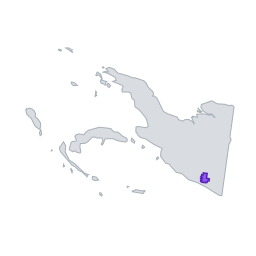 Nuku District, Sandaun, Papua New Guinea (highlighted), rotated 188°
{"feature_id": "67681753B13324685837362", "entity_name": "Nuku District", "entity_type": "district", "adm_level": 2, "iso_a3": "PNG", "parent_name": "Papua New Guinea", "parent_adm1": "Sandaun", "projection": "albers", "projection_center": [142.54, -3.723], "detail": "fine", "context": "in_parent", "style": "filled", "palette": "violet", "viewbox_px": 256, "rotation_deg": 188, "n_neighbors": 0, "source": "geoboundaries", "source_scale": "gbopen_adm2", "svg_char_len": 4721}
<svg xmlns="http://www.w3.org/2000/svg" viewBox="0 0 256 256"><g transform="rotate(188 128 128)"><path d="M25.9,163.7L25.8,133.2L24.2,130.9L25.8,125.5L25.7,73.9L28.6,74.1L42.8,80.4L52.3,83.7L60.7,85.2L68.4,90.4L74.0,90.7L82.4,97.9L85.8,98.4L91.8,104.5L92.1,109.4L91.4,112.5L100.5,115.5L109.1,119.7L113.9,120.2L116.5,121.7L119.7,125.3L120.2,130.1L118.4,130.9L110.3,130.8L108.0,132.4L111.2,139.9L118.5,146.8L124.0,150.0L125.6,156.2L128.4,158.1L130.2,163.1L133.0,163.6L138.6,162.8L139.5,164.9L138.6,168.0L139.4,169.3L149.7,172.0L146.2,173.6L147.8,176.4L154.4,178.9L158.6,179.9L161.1,179.6L158.2,181.0L155.5,180.5L155.1,181.0L156.1,182.2L158.3,183.4L156.0,185.1L153.8,185.3L149.6,184.2L146.1,181.1L134.9,179.6L131.0,178.3L128.0,178.7L118.9,177.0L116.0,174.8L114.0,171.5L108.7,167.6L107.4,165.6L108.0,163.0L106.5,163.4L103.4,161.5L95.3,149.4L91.1,147.7L80.7,145.6L79.2,143.3L74.4,142.4L73.3,143.9L69.3,145.0L66.0,143.8L62.6,140.9L66.6,147.5L65.2,147.5L65.8,148.6L65.1,148.7L60.7,148.3L62.0,151.1L54.9,152.6L49.6,152.0L47.1,152.7L46.0,152.7L44.7,150.6L42.7,151.0L44.4,151.0L46.4,153.4L50.8,153.1L55.2,154.8L58.8,158.8L58.6,161.5L48.8,166.6L43.1,164.4L34.7,165.0L31.8,164.2L28.0,165.1L25.9,163.7ZM175.2,96.7L177.3,98.1L179.3,96.7L183.3,98.5L182.5,105.2L181.2,107.0L177.8,107.6L177.4,108.6L179.5,112.5L178.6,113.9L175.7,115.4L170.8,115.1L169.5,117.8L166.9,120.2L156.4,124.8L145.1,125.1L141.4,122.1L137.5,122.6L132.3,119.2L128.0,117.7L127.1,116.4L127.2,114.7L128.4,113.7L136.2,113.9L141.2,115.3L147.7,114.5L149.5,113.5L150.2,109.2L151.3,107.5L152.4,108.3L151.0,111.6L152.5,114.6L157.2,113.7L160.1,114.5L162.4,113.6L165.7,109.0L168.3,106.9L173.1,105.9L173.0,102.5L171.4,97.8L172.1,96.5L175.2,96.7ZM231.8,131.6L231.1,133.1L230.8,132.6L228.4,134.0L225.7,133.5L223.3,131.9L221.5,129.2L221.4,126.2L218.8,124.8L215.4,120.9L214.8,118.4L215.1,114.2L220.1,116.7L225.1,124.0L230.0,127.3L231.8,131.6ZM193.3,98.8L189.9,105.4L187.9,102.7L187.1,100.8L186.9,95.7L181.7,88.0L176.2,85.5L165.0,77.4L160.6,76.2L161.7,75.8L161.7,73.9L167.2,78.0L170.7,79.1L175.2,82.3L178.3,83.4L191.8,95.4L193.3,98.8ZM104.2,65.2L114.8,65.5L115.0,66.4L113.6,66.5L111.8,68.1L105.5,67.6L102.7,68.4L102.5,67.3L103.5,67.0L103.4,65.8L104.2,65.2ZM156.8,167.3L158.7,168.5L160.3,168.3L161.6,169.7L161.8,171.8L161.1,172.3L160.6,171.6L155.5,171.1L156.5,169.9L155.5,167.5L156.8,167.3ZM156.4,75.1L152.6,75.0L149.8,72.4L153.5,71.2L156.3,72.4L156.4,75.1ZM164.3,176.7L166.7,175.3L167.2,175.8L166.3,179.1L162.6,177.6L160.1,172.4L164.3,176.7ZM184.1,163.0L188.1,162.4L190.1,163.9L190.6,164.4L190.2,165.8L186.9,165.2L184.1,163.0ZM193.1,194.9L200.7,198.6L197.9,199.1L195.5,198.1L195.2,197.2L194.2,197.5L194.7,196.9L193.1,194.9ZM122.8,118.5L119.4,115.8L119.6,113.9L123.2,115.6L122.8,118.5ZM154.3,169.3L153.3,169.4L151.1,167.5L152.4,165.4L153.9,166.2L154.3,169.3ZM214.0,114.0L212.6,109.5L213.9,108.2L215.1,111.1L214.0,114.0ZM111.1,113.0L108.8,111.3L110.5,109.7L111.6,110.5L111.1,113.0ZM147.2,59.7L145.9,60.0L144.2,58.5L144.7,56.9L146.7,58.0L147.2,59.7ZM95.7,102.0L94.3,103.6L93.4,102.4L94.9,100.6L95.7,102.0ZM165.0,154.6L165.0,160.0L164.0,158.9L164.5,156.7L163.4,156.1L165.0,154.6ZM59.7,155.5L62.0,157.6L56.5,154.1L59.7,155.5ZM61.7,154.9L58.7,154.0L58.0,153.4L61.6,153.7L61.7,154.9ZM207.8,195.6L207.6,196.3L205.7,196.4L204.3,195.3L205.6,195.6L205.4,194.9L207.8,195.6ZM186.7,80.6L186.8,83.1L185.4,81.3L186.7,80.6ZM179.3,79.2L178.7,79.9L177.3,78.1L177.6,77.8L179.3,79.2ZM161.7,184.1L161.5,185.2L160.2,184.6L160.3,184.0L161.7,184.1ZM178.1,77.3L177.0,77.6L177.2,75.9L178.1,77.3ZM120.5,69.0L120.6,70.3L119.1,70.0L120.5,69.0ZM200.7,94.6L200.5,95.7L199.7,95.3L200.7,94.6Z" fill="#d9dde1" stroke="#a8b0b8" stroke-width="1"/><path d="M40.4,89.0L43.3,89.1L43.3,89.3L43.3,89.9L43.3,94.0L47.2,94.0L47.2,91.9L48.6,92.0L48.6,90.8L48.6,90.4L48.6,90.2L48.5,89.9L48.4,89.9L48.3,89.7L48.4,89.8L48.4,89.7L48.5,89.7L48.4,89.6L48.4,89.4L48.3,89.5L48.2,89.5L48.3,89.5L48.2,89.4L48.3,89.4L48.2,89.3L48.3,89.2L48.2,89.2L48.3,89.1L48.4,88.9L48.3,88.7L48.2,88.7L48.1,88.4L48.3,88.4L48.4,88.2L48.2,88.2L48.3,88.1L48.4,87.9L48.4,87.7L48.5,87.7L48.4,87.6L48.2,87.7L48.3,87.6L48.2,87.5L48.3,87.5L48.3,87.4L48.3,87.2L48.3,86.9L48.2,86.8L48.3,86.8L48.3,86.7L48.4,86.8L48.4,86.7L48.5,86.7L48.5,86.8L48.6,86.7L48.8,86.5L48.7,86.4L48.7,86.2L48.6,85.3L48.4,85.3L48.1,85.2L47.9,85.0L47.8,84.9L47.7,84.9L47.5,84.7L47.4,84.6L47.2,84.5L46.9,84.5L46.7,84.6L46.4,84.6L46.2,84.6L45.9,84.7L45.8,84.8L45.7,84.8L45.7,84.7L45.4,84.6L45.2,84.5L44.9,84.5L44.7,84.7L44.6,84.8L44.4,84.8L44.2,84.8L44.0,84.7L43.9,84.7L43.7,84.6L43.5,84.8L43.5,85.0L43.4,85.0L43.2,85.0L43.1,84.9L42.9,84.8L42.7,84.9L42.4,84.9L42.1,85.2L41.9,85.7L41.7,86.4L41.5,86.7L41.5,86.8L40.4,86.8L40.4,89.0Z" fill="#8b5cf6" stroke="#5b21b6" stroke-width="1.5"/></g></svg>